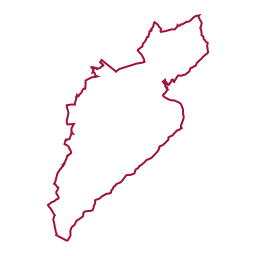 the district of Stefan Cel Mare, Bacau, Romania
{"feature_id": "2599482B13228662161782", "entity_name": "Stefan Cel Mare", "entity_type": "district", "adm_level": 2, "iso_a3": "ROU", "parent_name": "Romania", "parent_adm1": "Bacau", "projection": "mercator", "projection_center": [26.858, 46.192], "detail": "fine", "context": "isolated", "style": "outline", "palette": "rose", "viewbox_px": 256, "rotation_deg": 0, "n_neighbors": 0, "source": "geoboundaries", "source_scale": "gbopen_adm2", "svg_char_len": 5623}
<svg xmlns="http://www.w3.org/2000/svg" viewBox="0 0 256 256"><path d="M56.2,235.2L57.1,235.4L58.0,235.9L58.9,236.7L59.9,237.0L66.4,240.5L67.0,240.6L67.6,240.4L68.0,240.0L68.9,238.3L70.3,236.2L70.5,234.7L70.3,230.8L71.3,228.0L72.0,227.0L72.4,226.5L74.3,225.1L74.8,224.5L75.5,222.7L76.5,220.8L76.7,220.5L78.8,219.4L82.8,216.5L83.2,215.8L83.3,215.4L83.3,213.2L83.4,212.8L84.0,212.1L85.5,211.3L89.2,211.0L91.8,210.6L92.5,210.2L92.9,209.4L93.1,208.7L93.5,208.1L93.8,205.9L94.9,203.8L95.2,202.9L95.2,202.4L95.0,200.7L95.1,200.2L97.2,199.3L98.4,199.0L99.5,198.6L102.1,196.3L104.2,195.0L105.0,194.8L105.5,194.5L105.8,194.0L106.3,193.8L108.9,193.6L109.9,193.1L110.9,192.8L111.5,190.3L112.4,189.3L112.9,188.6L113.2,187.6L114.1,186.4L115.1,186.1L116.1,184.3L118.2,183.3L120.7,182.3L123.5,179.1L125.8,175.8L126.3,175.3L128.0,174.9L130.3,175.0L134.0,173.6L134.5,173.0L135.0,171.7L135.5,169.7L136.5,168.9L137.8,168.4L138.1,168.1L138.2,167.6L138.5,167.3L139.6,165.7L140.5,165.6L144.4,162.3L145.2,161.6L145.7,160.7L146.8,159.9L151.4,158.0L155.6,153.6L156.8,152.3L158.7,149.7L158.8,148.5L159.3,148.2L159.3,147.2L159.6,146.3L161.6,145.6L163.2,144.8L163.7,144.2L165.3,142.9L165.7,142.3L166.4,141.7L168.4,139.6L168.5,139.2L168.4,137.5L169.6,136.7L172.9,135.2L174.2,133.3L176.0,131.7L176.6,130.7L177.2,130.6L178.0,130.0L179.5,129.7L180.0,129.4L180.5,128.5L181.1,128.2L181.7,128.2L181.7,127.9L181.3,127.5L180.9,126.9L180.9,125.8L183.2,119.5L183.6,118.0L183.7,116.0L183.2,115.1L182.9,109.1L181.6,105.6L181.0,104.4L180.5,103.6L178.9,102.5L174.2,100.4L171.6,100.3L169.3,99.7L165.8,97.9L164.6,97.2L163.0,95.7L163.7,93.9L164.4,93.9L167.9,89.5L166.6,88.6L167.1,87.6L166.7,87.3L166.5,87.6L165.3,86.4L165.4,86.1L165.3,85.7L165.1,84.8L165.8,84.1L165.8,83.8L165.8,83.6L165.6,83.1L164.7,84.0L162.9,81.7L164.9,80.0L164.9,80.3L165.2,80.7L165.4,81.3L165.7,81.6L165.6,81.8L166.2,82.6L166.5,82.7L166.5,83.1L166.6,83.4L167.1,83.7L166.8,84.1L167.3,84.5L167.4,84.3L168.0,85.1L168.9,84.6L168.9,84.0L169.4,83.5L169.9,83.5L170.3,82.5L170.6,82.4L170.9,82.0L171.7,79.8L172.0,79.8L172.3,79.6L172.7,80.1L173.1,80.0L173.3,80.2L173.4,81.1L173.5,81.3L174.1,81.9L174.9,80.4L176.1,78.6L176.8,77.2L177.5,76.2L178.3,75.4L178.6,75.3L180.4,75.8L180.8,75.7L181.7,75.7L182.8,75.1L185.3,74.6L187.1,73.1L188.2,72.4L189.4,71.3L190.3,68.4L191.3,67.7L192.4,67.6L193.6,66.5L195.3,66.0L196.1,64.8L196.8,63.1L197.2,62.5L197.8,62.1L198.8,61.0L199.8,60.2L200.3,59.6L201.3,58.9L202.7,57.2L203.1,56.6L204.1,56.0L205.5,54.7L207.9,52.8L208.1,52.0L207.6,49.5L207.5,48.0L207.2,46.8L207.2,45.2L207.6,43.7L207.7,42.8L205.9,41.8L205.5,41.2L205.0,40.2L204.0,39.4L203.6,38.7L203.4,36.7L202.8,36.1L201.5,35.1L201.6,33.3L201.3,31.4L201.1,29.7L200.2,27.8L200.4,27.2L201.2,26.2L201.3,24.5L201.7,23.3L201.4,22.1L200.0,20.0L199.6,19.0L198.7,17.4L198.6,16.2L198.8,15.9L199.2,15.4L195.5,16.1L193.8,17.2L193.0,17.9L191.1,19.9L189.3,21.3L188.0,21.8L186.4,21.7L186.0,21.9L185.6,22.5L183.5,23.5L182.6,24.3L181.7,24.4L180.8,24.4L180.6,24.5L180.2,24.9L179.7,25.8L179.2,25.9L177.8,25.3L177.6,25.1L177.5,25.6L176.9,27.1L175.9,28.1L174.8,29.4L171.3,29.4L166.0,31.0L160.9,31.9L160.7,31.6L160.8,31.3L160.5,30.7L161.2,29.0L158.9,26.6L158.5,26.0L158.1,24.9L154.6,22.2L153.9,23.3L153.7,24.3L153.5,24.7L153.5,25.2L153.6,25.7L153.2,26.4L152.8,27.3L151.3,29.0L151.7,29.5L151.3,30.9L150.5,30.9L150.0,30.7L149.8,30.9L149.4,32.0L149.5,33.1L149.1,33.6L148.3,36.5L148.3,36.8L147.4,36.9L147.0,37.2L146.7,37.7L146.2,39.3L145.0,41.4L144.5,42.1L143.3,43.2L142.9,43.8L142.4,46.2L141.9,47.0L141.1,47.3L139.8,48.3L139.6,48.6L138.4,49.2L138.0,49.7L137.7,50.4L139.1,52.1L140.8,53.8L141.7,54.9L142.4,56.2L144.0,59.3L144.1,60.2L144.5,61.9L141.6,62.8L136.6,63.6L119.7,68.9L117.5,70.3L116.2,71.7L101.6,60.0L101.1,60.8L100.1,62.4L102.6,64.2L102.4,64.5L102.7,64.7L103.3,65.4L100.7,67.3L100.1,68.0L97.3,68.9L96.9,68.2L96.4,68.7L95.7,68.1L94.0,67.3L91.4,67.1L91.4,67.3L91.8,67.6L92.6,68.6L93.6,69.3L93.6,69.5L93.6,69.9L93.2,70.3L92.5,72.6L93.5,72.2L94.1,72.4L94.4,72.7L95.2,74.9L95.6,75.5L96.3,76.1L97.3,76.4L95.1,77.0L92.3,77.2L91.6,77.4L85.6,80.5L85.5,80.8L85.6,82.9L85.3,88.7L83.8,88.6L83.3,89.4L82.6,89.7L81.5,92.4L80.4,93.7L79.5,94.5L78.6,96.1L78.3,96.2L77.0,94.8L76.6,96.1L76.1,97.4L76.2,97.7L76.5,97.6L76.1,99.0L75.8,100.2L75.4,101.2L74.9,103.7L74.9,104.6L71.5,104.5L66.7,105.3L66.7,106.1L67.4,109.0L67.9,110.6L68.5,113.6L67.9,114.9L67.8,116.5L67.0,119.3L66.7,122.9L67.5,124.5L73.9,123.9L73.4,124.9L72.8,125.6L72.4,126.8L71.7,127.7L71.6,128.7L71.2,129.6L71.8,131.8L72.3,132.9L72.9,133.7L72.4,133.6L71.4,133.0L71.3,133.9L69.5,139.0L68.6,139.4L66.1,139.5L65.9,139.7L65.8,139.9L66.1,140.2L65.4,140.5L64.5,144.1L67.2,145.4L68.1,146.0L68.4,146.4L68.9,147.3L69.2,148.2L69.3,148.5L69.7,148.6L69.8,149.4L70.5,150.5L71.1,152.2L71.1,152.9L71.0,153.1L70.5,153.4L68.3,155.5L67.8,155.2L67.4,155.5L66.4,158.9L64.2,163.4L64.3,163.6L63.9,163.6L64.0,164.1L63.6,164.8L63.3,164.8L63.3,165.0L62.9,165.0L63.0,165.2L62.9,165.4L63.1,165.7L63.1,166.0L62.2,166.8L61.9,166.9L61.3,168.1L60.6,168.7L60.0,169.6L59.7,169.7L59.4,170.5L57.5,173.1L57.3,174.3L56.8,175.8L55.4,181.4L54.6,183.2L54.1,183.8L55.2,184.4L56.1,185.4L57.2,186.9L58.3,187.4L58.3,187.9L57.7,189.1L57.5,190.2L56.4,191.5L56.3,191.9L56.3,192.6L56.4,193.3L56.7,194.2L57.2,194.7L58.5,197.1L58.6,197.4L58.6,198.1L58.5,198.4L57.7,199.0L56.2,199.5L54.9,200.8L52.8,201.9L51.7,202.2L50.9,202.7L50.2,203.5L49.7,203.9L48.5,204.5L47.9,205.1L49.3,207.2L50.5,208.2L53.7,213.8L54.8,215.1L54.4,215.5L53.9,217.5L53.5,218.6L53.3,218.9L53.2,219.7L53.9,221.8L54.2,223.8L54.6,225.3L54.7,226.7L54.8,227.6L55.2,228.6L55.4,229.7L55.7,231.6L56.5,233.3L56.5,233.7L56.2,235.2Z" fill="none" stroke="#9f1239" stroke-width="2"/></svg>